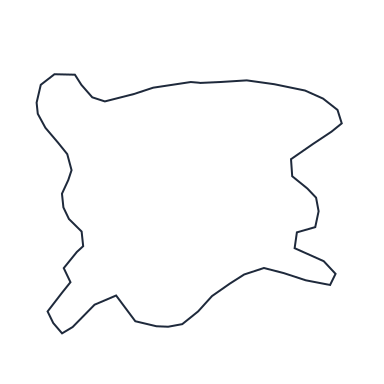 outline of Minsk City, City of Minsk, Belarus, rotated 174°
{"feature_id": "67162791B57724394311820", "entity_name": "Minsk City", "entity_type": "district", "adm_level": 2, "iso_a3": "BLR", "parent_name": "Belarus", "parent_adm1": "City of Minsk", "projection": "orthographic", "projection_center": [27.611, 53.884], "detail": "fine", "context": "isolated", "style": "outline", "palette": "slate", "viewbox_px": 384, "rotation_deg": 174, "n_neighbors": 0, "source": "geoboundaries", "source_scale": "gbopen_adm2", "svg_char_len": 910}
<svg xmlns="http://www.w3.org/2000/svg" viewBox="0 0 384 384"><g transform="rotate(174 192 192)"><path d="M336.0,65.0L324.8,70.2L300.7,90.1L278.3,97.0L261.9,69.4L241.4,62.2L229.8,60.5L215.5,61.6L198.4,72.6L183.0,86.4L164.2,96.8L148.8,104.5L128.4,108.9L109.1,101.7L88.1,92.3L64.4,85.1L57.8,95.6L68.2,109.4L95.8,125.4L91.9,140.9L73.1,144.2L68.1,159.6L69.2,173.4L76.9,183.4L90.7,197.2L90.1,214.3L66.9,227.0L47.0,237.4L35.9,244.6L38.7,258.4L51.9,271.2L69.0,281.1L98.9,290.6L125.9,297.3L151.9,298.4L172.3,299.6L173.9,300.0L181.7,301.5L219.7,299.8L239.6,295.5L269.2,291.2L281.3,296.6L290.8,310.1L296.2,320.9L316.5,323.5L331.2,314.4L337.2,297.1L337.2,285.9L331.1,271.2L319.9,254.8L312.1,242.7L309.5,226.3L313.8,216.8L321.5,203.9L321.5,190.1L317.2,178.0L305.9,164.2L305.9,149.5L312.8,144.4L327.5,129.7L322.3,115.0L331.7,105.5L348.1,88.3L343.7,76.2L336.0,65.0Z" fill="none" stroke="#1e293b" stroke-width="2"/></g></svg>